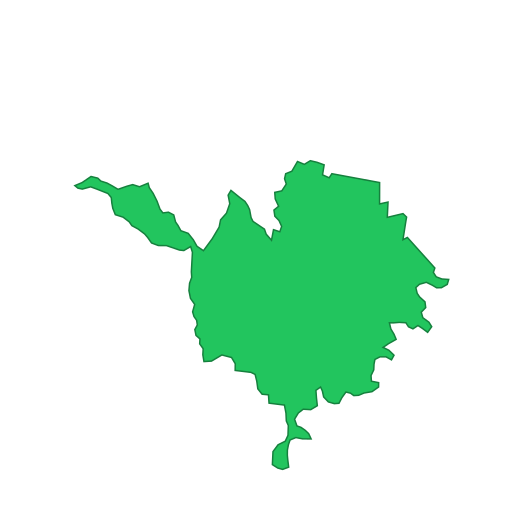 Pérola d'Oeste, Paraná, Brazil (Natural Earth projection), rotated 224°
{"feature_id": "56859067B51279708820455", "entity_name": "Pérola d'Oeste", "entity_type": "district", "adm_level": 2, "iso_a3": "BRA", "parent_name": "Brazil", "parent_adm1": "Paraná", "projection": "natural_earth1", "projection_center": [-53.752, -25.846], "detail": "fine", "context": "isolated", "style": "filled", "palette": "green", "viewbox_px": 512, "rotation_deg": 224, "n_neighbors": 0, "source": "geoboundaries", "source_scale": "gbopen_adm2", "svg_char_len": 2718}
<svg xmlns="http://www.w3.org/2000/svg" viewBox="0 0 512 512"><g transform="rotate(224 256 256)"><path d="M435.2,180.8L431.2,181.1L427.4,183.5L423.0,190.9L416.4,193.8L405.9,198.1L400.7,197.5L396.3,193.8L392.1,190.8L385.9,188.0L378.6,191.6L370.9,192.5L366.4,191.6L359.6,193.5L351.4,194.5L347.0,194.1L340.2,192.8L333.5,195.7L327.6,201.3L315.2,207.1L311.7,209.8L309.6,217.4L304.3,214.5L291.5,199.7L287.4,196.0L284.9,190.3L280.2,184.5L273.7,180.0L266.5,178.6L262.8,171.8L258.6,169.4L254.0,168.5L250.3,165.6L248.9,160.6L244.0,157.2L238.7,157.4L235.5,153.7L229.6,152.6L225.6,148.0L220.1,143.9L215.0,149.5L211.8,161.1L203.1,166.0L196.1,164.1L191.5,159.2L178.8,168.8L174.4,170.2L168.5,166.5L162.4,161.7L155.6,160.8L150.6,164.8L144.4,159.2L132.0,168.5L125.3,163.8L119.6,158.4L115.0,156.5L108.4,149.2L106.3,143.1L109.0,135.6L107.9,127.1L99.3,117.3L93.0,118.6L88.6,121.0L85.8,126.8L91.5,131.4L95.1,134.5L98.6,138.2L101.6,142.8L103.7,147.3L101.2,153.1L95.5,156.8L89.3,162.7L94.7,164.8L99.5,164.8L104.6,164.0L108.5,162.2L114.9,165.4L116.5,172.5L115.6,178.6L109.9,183.5L107.9,190.9L113.9,195.9L119.6,201.0L118.5,206.6L114.5,205.0L109.4,201.6L102.6,201.3L97.1,204.2L94.0,207.7L95.8,213.7L96.8,220.6L92.7,223.0L88.7,223.5L85.4,227.1L83.1,232.5L78.3,239.0L76.8,246.9L79.8,250.1L86.0,246.1L90.2,249.9L92.2,255.9L96.0,260.2L98.6,264.2L96.8,269.5L92.4,273.8L86.4,275.4L87.8,280.5L95.0,280.5L101.1,278.5L99.8,284.9L97.3,293.4L102.4,295.6L108.3,297.2L113.6,300.6L110.5,303.6L106.8,307.8L101.8,312.1L97.1,311.0L92.5,312.6L91.2,318.5L86.0,319.5L79.5,320.3L80.5,327.2L85.6,328.5L93.1,327.5L98.1,330.4L98.1,336.8L102.6,340.4L109.9,340.2L114.1,341.1L119.1,344.3L118.8,349.2L115.2,355.4L108.8,357.5L104.0,358.6L100.6,362.0L98.7,368.4L101.1,373.0L106.3,368.6L111.9,366.2L117.0,367.4L119.0,371.6L160.0,374.5L161.6,369.8L172.2,384.9L174.7,388.6L179.7,388.6L188.4,375.0L198.5,386.5L203.3,379.3L218.1,394.7L258.6,367.9L257.7,363.1L264.5,360.6L270.3,368.9L277.2,365.8L283.1,362.3L284.9,355.5L291.8,352.8L289.1,341.9L291.8,335.8L289.1,331.4L284.2,328.8L282.7,320.8L286.7,314.8L281.8,310.4L274.3,307.5L275.0,301.5L270.1,297.7L264.1,297.5L258.1,295.1L255.7,290.0L261.7,287.1L255.8,278.1L263.9,278.8L268.6,281.2L273.0,280.4L282.2,278.8L286.2,280.2L292.8,284.9L297.0,286.5L301.9,287.6L308.3,286.8L319.6,285.8L318.3,280.4L311.2,275.4L307.0,266.3L306.6,257.4L302.6,251.2L299.5,238.1L297.5,223.3L305.2,222.0L312.3,224.1L320.5,225.2L327.6,222.0L333.4,223.8L337.5,224.6L343.7,228.4L349.4,226.7L352.9,222.3L357.6,223.0L365.3,226.7L373.5,229.6L380.2,231.0L384.2,233.4L387.9,224.9L394.3,221.7L397.3,216.6L401.6,208.1L408.0,206.6L413.8,205.0L419.7,202.1L423.9,202.1L429.9,198.6L432.1,188.0L435.2,180.8Z" fill="#22c55e" stroke="#15803d" stroke-width="1.5"/></g></svg>